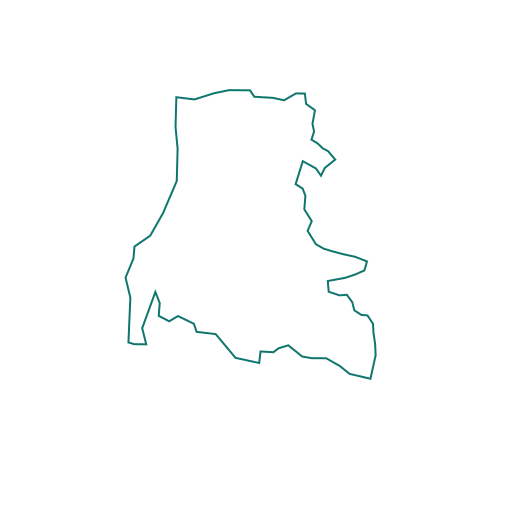 outline of Pentageia, Cyprus, rotated 314°
{"feature_id": "46923920B34029116615265", "entity_name": "Pentageia", "entity_type": "district", "adm_level": 2, "iso_a3": "CYP", "parent_name": "Cyprus", "parent_adm1": "", "projection": "robinson", "projection_center": [32.885, 35.147], "detail": "fine", "context": "isolated", "style": "outline", "palette": "teal", "viewbox_px": 512, "rotation_deg": 314, "n_neighbors": 0, "source": "geoboundaries", "source_scale": "gbopen_adm2", "svg_char_len": 1197}
<svg xmlns="http://www.w3.org/2000/svg" viewBox="0 0 512 512"><g transform="rotate(314 256 256)"><path d="M198.8,335.3L205.4,336.4L214.2,341.3L215.8,359.1L221.3,367.2L231.2,377.5L235.1,392.7L236.2,405.2L247.2,423.6L256.0,418.2L267.6,411.1L275.3,403.0L282.4,393.8L288.5,387.3L290.7,377.5L286.8,372.7L285.2,364.5L289.6,357.5L291.2,348.3L285.7,343.4L280.8,333.1L287.9,325.0L302.2,335.3L311.6,340.2L320.9,344.0L329.2,339.6L324.2,327.7L318.2,318.0L312.1,307.1L308.3,299.6L306.1,290.9L309.9,275.7L319.8,271.9L323.1,258.4L333.6,249.7L336.9,242.7L335.2,234.6L356.7,223.8L360.6,238.4L358.9,247.0L367.2,244.3L380.4,246.0L381.5,235.1L379.8,229.2L379.8,222.1L378.2,215.1L385.9,211.3L390.3,204.8L401.8,197.2L400.2,186.4L406.8,178.3L400.7,171.8L387.5,168.0L381.5,158.3L369.4,144.2L371.0,136.6L356.7,121.5L344.0,112.8L325.9,103.0L314.9,88.4L292.9,108.5L278.6,125.2L254.9,146.9L222.4,159.3L197.1,165.8L178.4,162.0L169.1,169.6L149.8,177.2L138.8,194.5L105.2,224.3L108.0,229.7L116.2,238.4L125.0,224.3L160.2,208.6L155.3,219.4L145.4,227.6L148.7,238.9L158.6,241.6L164.1,258.4L160.2,266.0L171.8,281.2L171.2,287.1L168.5,312.0L181.2,332.6L190.5,325.6L198.8,335.3Z" fill="none" stroke="#0f766e" stroke-width="2"/></g></svg>